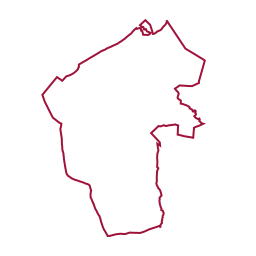 outline of Francisco León, Chiapas, Mexico, rotated 265°
{"feature_id": "50627088B381866227431", "entity_name": "Francisco León", "entity_type": "district", "adm_level": 2, "iso_a3": "MEX", "parent_name": "Mexico", "parent_adm1": "Chiapas", "projection": "orthographic", "projection_center": [-93.285, 17.291], "detail": "fine", "context": "isolated", "style": "outline", "palette": "rose", "viewbox_px": 256, "rotation_deg": 265, "n_neighbors": 0, "source": "geoboundaries", "source_scale": "gbopen_adm2", "svg_char_len": 4991}
<svg xmlns="http://www.w3.org/2000/svg" viewBox="0 0 256 256"><g transform="rotate(265 128 128)"><path d="M164.2,195.7L166.7,202.6L168.3,202.7L188.5,210.4L190.3,208.2L202.1,192.1L231.9,175.8L229.9,175.9L228.4,174.8L227.4,173.9L226.8,173.2L226.4,172.6L225.4,171.6L224.7,171.0L224.3,170.7L223.7,170.2L223.1,169.4L222.5,168.4L222.2,167.3L221.9,166.7L221.7,165.8L221.3,165.1L221.0,164.8L220.3,163.7L219.8,162.9L219.6,162.1L219.5,161.1L222.2,160.6L228.6,159.1L229.0,158.9L233.9,154.7L229.4,148.9L227.9,150.5L227.2,150.1L227.3,151.9L226.4,152.4L225.2,152.4L224.6,152.8L225.0,154.4L222.7,155.2L220.9,158.7L220.1,158.5L219.8,157.7L219.0,156.5L219.0,155.5L219.6,151.2L220.9,151.1L222.3,150.8L224.1,150.3L224.1,149.9L224.0,149.6L226.5,149.3L226.5,148.3L226.0,144.8L226.6,144.8L226.4,144.4L226.1,144.0L225.5,143.2L224.9,142.5L224.8,142.4L223.3,140.7L222.1,139.7L220.2,136.7L219.3,135.5L219.1,135.1L218.6,134.5L218.4,134.2L217.8,133.3L217.4,132.9L216.9,132.0L216.4,131.1L215.7,130.0L215.0,128.8L214.7,128.3L214.3,127.4L214.2,127.2L214.0,126.7L213.2,125.5L213.1,125.4L212.7,124.4L212.5,123.7L212.0,122.4L211.9,122.0L211.6,121.0L211.4,120.5L211.1,119.8L211.0,119.4L210.8,119.1L210.7,118.9L210.6,118.6L210.5,118.1L210.4,117.9L210.2,117.3L210.1,116.7L209.9,116.3L209.7,115.8L209.7,115.7L209.6,115.4L209.5,115.1L209.3,114.5L209.2,114.2L209.0,113.8L208.8,113.1L208.1,112.2L207.9,111.3L207.8,110.7L207.3,109.7L207.1,108.6L206.0,106.5L204.7,103.8L203.5,101.4L201.9,98.0L200.6,95.2L199.0,92.2L198.6,91.2L197.6,89.0L195.5,84.6L192.8,84.3L192.6,83.9L190.7,83.1L189.1,81.1L187.5,78.9L185.7,74.9L184.8,71.0L181.2,67.1L180.8,66.6L184.9,61.7L168.5,45.6L161.4,47.4L149.6,52.1L144.9,54.0L139.6,59.7L139.2,60.1L138.5,61.4L138.1,62.0L137.7,61.9L134.8,61.2L133.0,60.5L126.4,60.9L123.0,61.1L116.8,60.7L115.6,60.9L113.6,60.8L112.1,60.7L108.0,61.5L106.1,61.4L105.7,61.5L103.5,61.5L102.4,61.5L95.3,62.0L91.0,62.4L87.9,62.8L85.7,64.0L84.2,65.9L82.6,67.7L81.0,70.7L79.9,73.5L79.3,74.8L77.2,79.6L76.5,80.6L76.3,80.9L75.9,82.4L75.7,82.9L74.5,84.4L74.1,84.8L71.5,85.3L71.0,85.3L68.8,85.9L67.9,85.4L64.5,84.8L63.6,84.8L62.7,84.7L62.3,84.7L62.2,84.7L61.3,85.1L59.2,85.8L58.8,85.9L57.6,86.2L57.0,86.6L54.8,87.3L54.8,87.2L54.0,87.5L52.9,87.7L51.4,88.1L50.2,88.4L48.5,89.3L45.8,90.3L43.6,91.3L43.0,91.8L39.8,92.6L39.1,92.7L37.9,92.8L34.2,93.7L32.3,94.1L30.8,94.6L30.2,94.8L29.1,95.1L28.3,95.5L27.9,95.7L27.2,96.1L22.3,98.4L22.2,98.4L22.1,100.9L22.3,101.6L23.1,106.5L23.2,106.9L23.3,111.8L23.0,112.8L22.8,114.6L22.6,115.3L22.6,115.8L22.8,116.8L23.7,120.9L23.6,121.1L23.6,121.3L23.4,122.2L22.8,127.6L22.4,130.7L22.4,131.0L23.4,135.3L25.2,140.3L26.6,146.4L26.7,146.9L27.3,149.1L27.6,150.1L27.7,151.2L27.6,151.3L26.9,151.4L25.9,151.5L26.5,151.7L27.0,151.7L27.6,151.7L28.3,151.8L29.0,152.2L29.6,152.7L30.0,153.1L30.2,153.3L30.4,153.6L31.0,153.6L31.7,153.4L32.2,153.5L32.6,153.7L33.1,154.0L33.6,154.0L34.1,154.1L35.1,154.4L35.6,154.6L36.0,154.8L36.3,154.8L36.6,154.8L37.2,154.8L37.7,155.1L38.2,155.5L38.6,155.7L39.3,155.9L39.7,156.1L40.4,156.1L40.7,156.1L41.2,155.8L41.8,155.5L42.1,155.5L42.6,155.4L43.0,154.7L43.1,154.4L43.3,154.0L44.8,154.3L45.2,154.2L45.7,153.9L46.5,153.6L47.0,153.6L47.8,153.4L48.4,153.3L49.5,153.1L50.3,153.0L50.7,153.1L51.4,153.0L52.4,153.0L52.8,153.0L53.7,153.1L54.2,153.4L55.0,153.4L55.6,153.3L55.9,153.5L56.2,153.8L56.6,154.2L57.0,154.7L57.2,154.9L57.5,155.2L57.7,155.5L58.0,155.5L59.5,155.3L61.8,154.9L62.3,154.7L63.0,154.6L63.8,154.2L64.7,153.6L65.0,153.1L66.2,152.8L68.6,151.7L70.5,151.4L71.4,151.8L72.1,151.9L73.2,152.2L74.2,152.2L75.1,152.2L78.8,152.7L79.6,152.8L79.8,152.9L80.7,153.0L80.8,153.0L81.2,153.0L81.3,153.0L81.7,153.1L81.8,153.1L82.5,153.2L85.3,154.7L86.6,153.6L88.3,153.9L92.9,154.4L95.7,154.4L99.8,155.0L102.9,156.3L103.5,156.3L106.4,156.0L106.8,156.0L109.8,155.9L107.7,158.4L110.9,158.4L113.1,156.7L120.9,150.6L122.9,153.1L123.5,153.9L126.2,157.2L127.3,158.6L127.1,159.3L127.0,159.7L126.8,160.4L126.9,161.1L127.0,161.5L127.1,162.1L127.6,163.5L127.5,164.5L127.0,165.0L126.7,165.9L126.8,167.1L126.9,167.9L127.1,168.7L127.1,168.9L127.2,171.7L127.2,171.9L127.2,172.0L127.3,174.4L127.4,175.5L127.2,175.6L126.8,176.6L126.2,178.2L123.9,177.8L117.1,176.9L115.3,182.3L115.1,182.6L113.6,188.5L113.3,189.7L112.6,192.1L119.7,193.3L122.4,193.8L122.5,193.8L123.1,195.3L123.5,196.6L123.5,197.0L124.0,198.9L125.7,203.4L126.6,201.3L127.7,200.7L128.0,200.4L128.6,199.7L130.4,200.2L130.6,200.2L131.2,199.9L130.7,198.7L132.3,196.2L134.0,195.1L135.3,196.8L136.0,196.9L136.7,196.4L138.4,196.9L139.3,196.7L139.5,196.6L139.7,195.8L138.6,195.0L138.9,194.0L139.1,193.9L140.2,193.8L140.7,193.5L140.8,193.1L141.2,192.6L141.9,191.5L142.1,191.2L142.5,191.3L143.0,191.0L143.4,191.1L144.0,190.6L144.2,190.1L144.8,189.4L145.3,188.6L147.1,184.6L147.7,182.6L147.8,182.6L149.5,182.9L150.8,183.0L151.9,181.5L152.5,180.8L153.7,180.0L155.3,180.4L157.0,181.3L158.1,181.5L159.4,180.9L160.5,180.1L161.8,178.9L163.1,178.2L165.5,182.5L165.9,183.3L165.6,185.3L164.5,192.3L164.2,195.7Z" fill="none" stroke="#9f1239" stroke-width="2"/></g></svg>